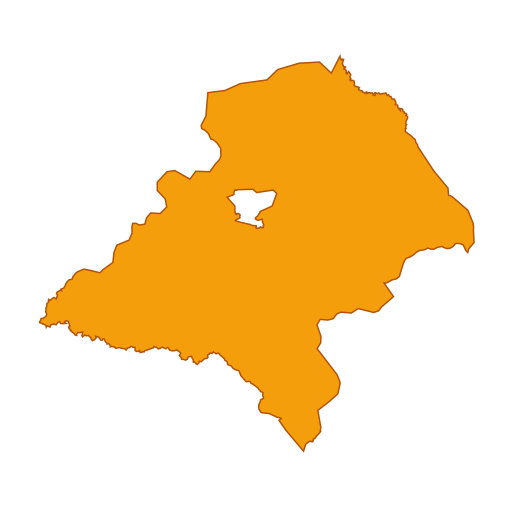 Kati, Koulikoro, Mali, rotated 268°
{"feature_id": "8926073B85176458631238", "entity_name": "Kati", "entity_type": "district", "adm_level": 2, "iso_a3": "MLI", "parent_name": "Mali", "parent_adm1": "Koulikoro", "projection": "orthographic", "projection_center": [-8.119, 12.599], "detail": "fine", "context": "isolated", "style": "filled", "palette": "amber", "viewbox_px": 512, "rotation_deg": 268, "n_neighbors": 0, "source": "geoboundaries", "source_scale": "gbopen_adm2", "svg_char_len": 6059}
<svg xmlns="http://www.w3.org/2000/svg" viewBox="0 0 512 512"><g transform="rotate(268 256 256)"><path d="M59.3,296.7L63.1,298.1L64.4,298.4L66.3,299.3L66.9,299.8L67.6,301.3L69.0,303.1L68.5,304.8L68.5,306.2L69.4,305.9L69.7,306.8L71.1,306.9L71.4,308.2L75.0,311.2L76.4,312.8L78.5,314.5L79.0,314.1L82.4,314.8L99.6,312.4L108.2,324.4L115.4,333.0L125.6,335.6L127.8,335.3L134.7,332.8L161.3,313.8L166.9,317.6L173.4,318.1L185.1,314.5L190.4,317.9L189.5,325.5L190.6,330.8L195.3,334.8L196.9,338.9L195.7,349.3L199.9,356.3L195.5,371.5L196.8,376.5L200.6,379.6L210.6,392.0L224.6,383.0L224.6,385.7L227.4,391.3L228.3,395.7L230.6,398.6L242.4,402.6L246.3,404.4L248.4,406.1L249.8,410.1L251.6,413.4L253.6,415.7L255.6,418.9L256.5,425.3L258.0,427.7L256.6,431.5L256.7,434.3L258.3,437.5L259.0,441.9L257.4,445.2L256.7,447.5L257.0,449.9L257.7,451.8L258.7,453.3L261.4,455.5L261.7,457.4L260.9,461.6L259.5,463.7L255.0,465.5L253.1,466.7L252.1,467.7L255.8,468.9L261.8,474.4L273.9,474.2L277.9,474.5L281.3,474.1L294.3,469.3L308.9,453.6L309.9,450.6L317.2,450.2L334.6,436.8L359.7,421.5L361.7,421.3L363.8,419.8L366.9,419.1L368.5,417.2L371.4,414.5L373.3,411.7L374.1,411.1L375.0,409.6L377.9,409.5L378.1,410.4L378.9,410.2L381.2,410.4L382.0,411.1L382.9,410.3L385.4,410.6L388.4,412.3L390.1,412.3L391.3,410.6L392.3,411.6L393.3,410.9L393.8,409.1L394.7,409.2L396.0,407.5L396.9,407.9L398.0,407.0L398.4,404.9L396.7,405.1L399.3,403.1L400.7,402.8L401.7,402.9L402.5,400.5L403.7,401.2L404.6,401.1L406.2,400.4L408.0,399.9L408.0,397.6L410.7,396.4L410.8,394.9L411.9,394.6L412.6,393.9L412.0,392.7L414.3,391.6L414.4,390.9L414.0,390.2L414.1,388.9L413.4,386.0L414.7,384.2L414.1,382.9L415.2,380.7L414.4,380.2L413.6,380.7L412.8,380.7L412.2,380.2L412.8,378.7L414.1,378.6L415.0,377.8L414.6,376.2L415.4,375.4L415.4,374.7L414.7,373.5L415.7,373.0L416.1,371.9L414.4,371.5L414.6,370.9L415.6,369.9L416.2,368.1L417.1,368.1L418.5,364.4L419.7,364.6L420.6,365.2L421.5,363.6L422.0,361.2L423.5,360.0L424.5,360.5L427.3,360.1L428.1,359.4L427.9,357.0L428.7,356.0L429.2,356.4L429.2,357.0L429.9,357.0L431.6,356.0L433.9,357.0L435.9,355.9L437.1,355.0L436.4,354.3L435.0,353.6L435.0,352.7L435.6,352.4L437.8,352.9L439.3,351.8L439.6,350.5L440.2,350.6L441.7,352.1L442.0,351.7L441.8,350.5L445.3,349.0L449.4,350.4L449.7,349.4L448.9,348.1L451.0,347.2L452.7,346.9L436.1,337.6L447.6,326.2L447.2,306.0L441.6,284.3L431.6,273.1L428.8,246.2L422.5,230.8L420.9,213.6L397.4,210.8L388.6,205.8L385.6,206.1L385.2,206.2L384.2,208.2L382.1,210.8L380.1,212.7L374.5,214.9L373.9,217.1L370.3,221.0L365.4,224.2L364.2,224.5L356.9,224.4L353.6,222.9L349.5,218.7L341.8,212.8L342.8,198.8L335.1,192.6L344.2,177.9L343.4,170.1L333.2,159.9L324.9,159.6L316.2,167.3L308.1,168.5L301.8,161.8L302.7,152.3L298.0,148.0L291.7,146.0L291.1,140.3L292.8,137.4L292.9,133.9L289.4,133.0L283.3,133.0L276.3,129.7L271.7,117.3L264.5,114.2L254.5,112.7L248.0,103.0L244.7,99.4L247.1,91.0L248.9,83.6L246.6,77.4L245.3,75.4L241.7,72.3L239.2,71.4L238.7,68.4L236.7,66.2L234.9,65.0L233.4,64.5L230.6,62.7L229.7,59.9L228.2,60.6L228.5,59.1L226.7,55.8L225.2,55.2L224.0,56.3L220.1,54.8L221.6,52.7L220.6,50.8L218.6,48.4L219.9,47.4L219.1,47.0L217.3,47.1L216.3,46.0L215.3,45.2L213.1,45.3L211.3,44.2L209.2,44.3L207.8,43.8L205.2,44.9L202.8,43.8L201.1,40.8L201.0,39.0L199.6,38.8L197.9,37.5L196.9,37.5L196.4,39.6L195.5,40.2L195.3,41.6L193.9,43.6L192.2,43.9L193.5,44.7L192.2,47.8L194.4,48.6L195.1,51.7L194.2,53.8L196.7,55.8L197.3,57.3L195.3,58.4L195.1,60.9L195.3,63.6L196.1,62.2L197.9,63.4L197.3,66.1L192.2,67.6L191.6,66.2L189.7,66.8L189.0,68.2L188.0,67.8L185.0,71.4L183.3,72.5L182.9,74.1L184.5,74.1L185.7,75.5L185.5,77.7L186.0,78.7L186.0,80.2L182.4,79.2L181.3,79.9L183.0,82.2L182.2,83.7L182.5,85.9L181.5,86.4L180.2,88.1L178.4,88.5L177.1,89.7L177.8,91.4L179.7,93.4L181.4,92.9L180.3,96.3L179.1,96.7L177.3,98.1L177.3,99.6L178.6,100.1L178.4,101.3L175.4,102.7L174.1,104.0L173.2,104.1L173.7,105.6L172.8,106.3L172.2,107.0L170.2,107.2L170.6,108.6L170.1,111.1L168.7,112.6L169.2,116.5L168.3,118.6L167.9,121.7L166.6,122.9L168.8,124.9L168.9,126.5L170.0,127.9L169.7,129.3L169.0,129.9L169.0,131.9L165.7,131.9L164.9,133.1L164.7,134.8L165.5,136.4L163.6,136.8L163.7,138.5L164.4,139.4L164.0,140.7L165.1,141.4L167.9,150.4L169.1,150.9L168.0,153.6L166.6,155.2L167.0,156.9L168.2,158.9L166.4,162.6L167.6,164.2L167.1,165.3L165.1,166.2L164.1,168.8L164.2,171.3L164.9,173.7L162.0,177.1L161.0,177.1L159.2,175.9L157.1,177.8L155.5,177.9L155.3,179.6L154.4,182.0L155.3,183.9L157.5,184.6L158.0,188.1L156.9,188.3L154.2,189.7L152.2,189.6L152.3,190.9L150.5,192.2L149.6,193.6L151.3,195.3L152.8,195.7L152.2,197.4L153.9,199.5L154.9,200.4L155.4,203.4L156.5,204.5L157.3,204.1L158.9,204.3L159.3,205.6L160.7,206.7L160.2,208.6L161.7,210.1L161.1,210.3L160.7,211.6L159.8,212.3L159.8,213.4L160.4,214.5L159.8,215.6L158.8,216.2L154.2,221.0L153.1,221.0L151.5,223.5L148.5,223.8L146.8,227.7L145.1,228.6L143.3,230.8L141.9,234.9L138.2,236.4L137.3,236.4L130.7,241.8L131.0,245.4L128.6,246.8L128.4,248.1L124.4,252.9L123.7,253.7L122.4,254.2L121.4,255.6L120.4,255.7L119.7,257.7L119.1,258.2L116.0,257.8L114.3,258.5L113.4,258.4L112.9,257.8L112.6,256.2L111.9,255.4L110.3,255.2L107.3,253.6L104.2,253.4L102.8,253.7L99.7,255.4L99.2,256.1L98.1,263.7L94.1,271.5L93.3,274.9L92.8,275.6L91.0,273.2L81.2,279.5L59.3,296.7ZM318.8,236.2L320.0,236.1L320.6,236.4L322.3,236.7L322.7,238.0L322.3,238.2L322.9,240.7L322.8,255.1L319.4,258.9L321.3,275.6L317.6,278.9L305.3,273.8L300.3,261.6L298.8,261.2L297.7,260.1L296.0,259.2L294.5,257.1L293.9,257.0L293.8,256.7L292.8,256.9L292.2,257.8L291.7,259.3L291.7,260.2L292.7,263.4L289.8,263.7L286.6,264.9L286.0,264.3L284.2,264.4L284.0,263.7L284.9,261.4L284.5,260.8L284.2,260.8L283.8,260.3L283.7,259.8L283.9,259.2L283.5,257.5L284.1,256.9L284.7,256.9L285.3,257.3L286.2,257.3L286.6,253.8L287.4,251.5L287.7,251.3L290.2,241.7L292.0,236.6L292.5,236.8L293.6,238.8L293.8,239.8L294.5,241.0L294.9,241.3L296.4,241.1L297.5,241.6L298.7,240.5L299.2,239.5L299.1,238.5L298.8,238.1L298.3,238.1L298.5,237.6L298.4,237.3L301.2,236.5L306.6,236.6L315.7,229.2L317.5,234.1L317.4,234.7L318.2,235.5L318.4,236.0L318.8,236.2Z" fill="#f59e0b" stroke="#b45309" stroke-width="1.5"/></g></svg>